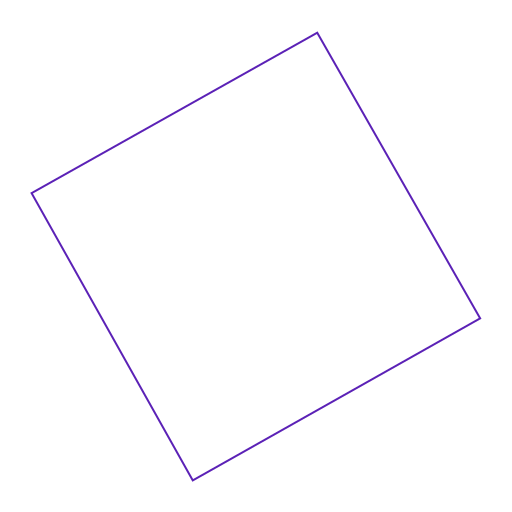 Crosby, Texas, United States of America, rotated 151°
{"feature_id": "52423323B48575431157789", "entity_name": "Crosby", "entity_type": "district", "adm_level": 2, "iso_a3": "USA", "parent_name": "United States of America", "parent_adm1": "Texas", "projection": "robinson", "projection_center": [-101.248, 33.614], "detail": "fine", "context": "isolated", "style": "outline", "palette": "violet", "viewbox_px": 512, "rotation_deg": 151, "n_neighbors": 0, "source": "geoboundaries", "source_scale": "gbopen_adm2", "svg_char_len": 221}
<svg xmlns="http://www.w3.org/2000/svg" viewBox="0 0 512 512"><g transform="rotate(151 256 256)"><path d="M420.1,90.4L90.2,92.8L94.2,421.6L421.8,419.8L420.1,90.4Z" fill="none" stroke="#5b21b6" stroke-width="2"/></g></svg>